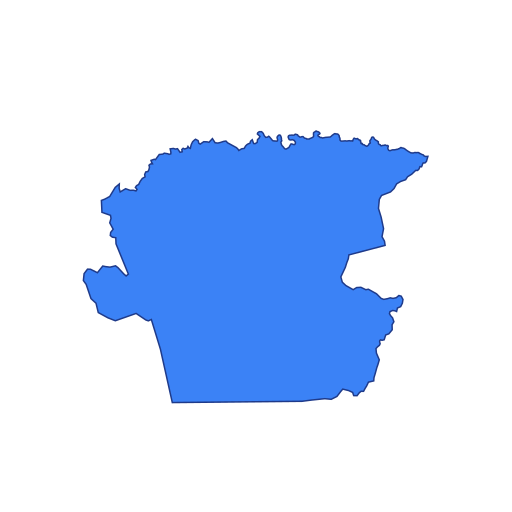 Rafaï, Mbomou, Central African Republic (Albers equal-area conic projection), rotated 208°
{"feature_id": "33826404B37622790924059", "entity_name": "Rafaï", "entity_type": "district", "adm_level": 2, "iso_a3": "CAF", "parent_name": "Central African Republic", "parent_adm1": "Mbomou", "projection": "albers", "projection_center": [24.169, 5.748], "detail": "fine", "context": "isolated", "style": "filled", "palette": "blue", "viewbox_px": 512, "rotation_deg": 208, "n_neighbors": 0, "source": "geoboundaries", "source_scale": "gbopen_adm2", "svg_char_len": 6134}
<svg xmlns="http://www.w3.org/2000/svg" viewBox="0 0 512 512"><g transform="rotate(208 256 256)"><path d="M261.1,87.3L147.2,149.3L139.3,154.9L128.3,162.3L122.3,164.8L118.6,170.0L117.6,176.0L116.9,179.2L110.9,180.7L106.6,180.9L104.2,178.6L101.2,180.1L100.6,183.7L99.7,185.9L97.5,187.0L97.5,190.2L97.3,193.1L97.5,197.4L93.4,201.0L94.7,203.9L95.6,208.4L96.9,214.1L97.4,217.4L98.4,222.2L104.1,226.8L106.6,230.6L106.1,232.7L105.1,235.1L105.2,236.8L106.6,238.3L107.0,239.5L106.6,240.5L105.2,240.7L103.5,242.2L104.4,247.2L102.2,249.6L101.1,254.8L103.6,259.2L103.4,262.7L106.4,265.5L109.1,266.5L111.1,267.7L111.6,269.8L109.7,272.1L107.3,272.9L105.8,273.0L106.7,276.5L104.5,279.2L104.6,283.0L105.8,286.6L108.9,288.7L111.3,288.2L112.6,285.0L115.1,282.9L117.8,282.1L119.8,280.1L122.8,277.7L125.6,277.3L131.8,279.2L141.2,279.4L143.2,277.8L148.7,277.6L152.3,275.4L154.4,271.9L162.8,272.1L167.5,273.4L171.3,277.4L171.8,287.9L172.7,292.7L173.2,296.9L174.5,300.6L147.0,326.0L149.5,329.4L153.8,332.2L156.2,340.0L163.7,349.0L170.2,355.5L172.7,361.5L173.7,363.9L173.6,368.4L167.3,375.7L165.8,380.3L165.7,385.7L163.3,389.7L159.7,393.6L159.4,397.1L156.9,401.4L155.2,406.5L153.5,407.4L152.9,409.3L153.2,411.9L151.7,412.5L151.8,413.8L152.1,415.3L152.1,416.6L150.5,417.5L149.9,419.5L151.0,424.7L153.0,423.5L153.4,423.4L154.7,423.3L155.6,423.8L157.6,423.5L158.9,423.6L159.8,423.3L160.1,423.6L160.4,423.6L161.1,423.6L162.7,422.8L163.1,422.3L163.9,422.2L164.3,422.0L165.6,420.7L166.0,420.5L166.7,420.3L167.3,419.9L167.7,419.8L169.0,419.8L171.2,419.9L173.0,420.1L174.5,420.4L175.5,420.5L176.5,420.4L178.1,419.9L178.7,419.9L179.1,419.7L179.4,419.2L179.8,418.2L180.6,417.5L181.1,416.6L181.8,416.3L182.4,415.6L183.0,415.3L183.5,414.8L185.5,413.7L186.9,412.1L187.4,411.8L187.8,411.7L188.6,411.7L188.9,411.9L190.0,412.7L190.4,413.5L190.6,414.7L190.7,414.9L190.9,415.2L191.5,415.4L192.1,415.2L192.7,414.7L194.1,414.7L194.3,414.6L194.6,414.0L196.1,413.1L197.0,412.2L197.6,412.0L198.0,412.2L198.4,412.5L199.8,412.4L200.5,412.6L201.2,413.4L201.5,414.2L201.6,414.3L202.8,414.4L203.4,414.6L204.5,414.5L206.0,414.8L206.8,415.2L207.6,415.8L208.1,416.0L208.7,415.9L209.1,415.6L209.4,415.3L209.5,414.8L209.3,413.5L209.3,412.6L209.6,411.4L209.4,410.9L209.1,410.6L208.9,410.1L208.6,410.0L208.2,409.6L208.1,409.4L208.2,409.1L208.8,408.4L208.8,406.8L209.2,405.6L209.7,404.9L210.3,404.8L210.9,404.9L211.5,404.7L212.0,404.8L212.5,405.0L213.9,404.5L214.2,404.6L214.3,404.8L214.6,404.9L215.1,405.2L215.5,405.2L215.8,405.1L215.7,404.8L215.7,404.7L216.1,404.7L216.2,405.0L217.0,405.7L217.5,406.6L217.7,406.8L218.1,406.6L218.3,406.7L218.6,407.2L218.8,407.2L219.6,406.9L220.5,407.0L221.0,407.3L221.7,407.3L222.3,406.6L223.4,406.2L224.4,406.2L224.7,406.1L224.9,404.9L224.8,403.5L224.6,403.1L224.7,402.9L225.0,403.0L225.2,402.9L225.5,402.6L225.8,402.4L226.8,401.9L227.8,401.6L229.2,400.6L229.7,400.1L230.5,399.9L231.4,399.5L234.0,397.8L234.6,397.5L235.0,397.4L236.3,397.8L236.5,398.0L236.7,398.7L237.0,399.1L237.8,399.9L238.4,400.2L238.8,401.0L239.3,401.4L240.4,401.9L241.0,402.0L241.9,401.8L242.7,401.3L243.5,401.2L243.8,401.1L244.2,400.7L245.4,398.3L245.9,396.8L246.3,396.0L246.5,395.8L249.3,394.0L250.3,393.4L252.7,391.4L254.1,391.3L254.9,390.7L255.1,390.7L256.0,391.1L257.0,390.9L257.2,391.0L257.7,391.3L258.0,391.6L257.9,392.4L257.2,393.4L257.0,393.9L257.1,394.3L257.4,394.5L258.1,394.8L258.9,394.9L259.6,394.9L260.5,394.6L261.4,394.6L261.6,394.6L261.9,394.2L262.4,393.1L262.9,392.3L263.0,391.7L262.2,390.1L261.4,388.9L261.4,388.0L261.9,387.0L262.9,385.7L263.4,385.3L263.8,384.4L264.0,384.2L265.3,383.6L266.0,383.1L267.0,383.3L267.9,383.0L268.7,382.9L270.5,383.5L271.3,383.1L272.5,381.9L272.9,381.7L273.3,381.6L274.1,381.8L274.8,381.8L275.2,381.9L276.2,382.5L276.5,382.5L277.6,382.2L278.1,382.2L278.6,381.9L279.1,380.7L279.4,380.4L280.3,379.9L281.0,379.7L281.8,379.1L282.9,378.5L283.6,377.6L283.7,377.1L283.7,376.8L283.5,376.3L283.3,375.9L282.0,374.8L281.4,374.4L280.9,374.4L279.8,374.7L279.5,374.9L278.7,375.7L276.6,376.0L274.7,375.1L274.0,373.6L274.2,372.8L274.5,372.3L275.3,372.0L276.7,371.8L277.5,371.5L277.8,371.2L277.9,367.2L278.4,366.5L279.1,365.3L279.4,364.8L280.0,364.4L280.7,364.2L281.6,364.4L283.6,365.3L284.5,365.5L285.7,366.2L287.3,367.9L287.5,368.7L287.3,369.6L287.5,370.1L288.3,370.8L288.7,371.7L289.5,372.7L290.2,373.3L291.1,374.0L292.0,373.9L292.5,373.6L293.0,372.5L293.2,371.1L293.1,370.6L292.3,369.6L291.6,369.0L291.4,368.5L291.2,367.9L291.3,367.4L291.8,367.0L292.3,366.9L293.4,366.3L294.0,366.2L294.7,365.8L295.3,365.7L295.9,365.8L296.7,366.2L300.2,367.6L301.0,367.7L301.7,366.3L303.1,365.3L305.2,366.1L307.2,367.7L309.4,368.4L311.5,367.3L312.3,365.7L312.1,364.4L308.7,363.5L308.6,361.7L309.3,359.5L308.3,356.8L309.6,354.7L310.9,354.2L313.9,356.9L314.7,354.8L314.3,352.7L315.6,351.3L316.4,349.8L316.9,348.0L316.9,345.5L319.0,343.9L320.7,341.1L322.1,341.9L324.1,342.5L334.2,342.6L336.5,343.4L338.4,342.0L341.1,339.2L342.7,337.8L345.3,336.8L349.6,339.2L350.9,334.3L352.6,333.9L355.8,332.4L357.8,328.6L359.4,328.7L361.3,330.7L364.2,330.7L364.8,329.5L365.6,327.1L365.5,324.2L365.0,321.9L364.5,320.2L366.0,320.0L367.5,320.8L367.4,319.0L369.2,317.0L370.9,316.9L371.5,315.2L370.1,313.4L371.7,311.9L375.7,313.9L377.3,312.6L379.4,312.2L382.1,310.3L379.9,307.7L379.2,306.2L380.5,304.9L381.8,304.9L385.3,303.7L386.1,302.2L389.1,300.2L390.0,293.9L391.2,293.7L393.6,291.1L392.1,289.7L390.7,288.8L392.4,287.7L393.1,285.9L391.8,284.5L391.1,282.0L391.1,279.8L392.8,278.5L392.6,275.7L391.1,273.8L392.8,271.1L393.3,267.5L393.2,264.1L394.5,262.0L394.7,259.9L392.3,259.0L392.5,257.1L395.2,256.5L397.9,254.9L402.7,254.2L406.0,248.8L408.6,251.5L410.5,255.4L412.5,250.5L413.1,239.9L416.3,235.1L418.6,232.5L412.5,222.2L403.6,223.6L401.7,221.2L400.7,216.6L394.7,212.6L395.4,208.6L394.3,205.7L391.7,205.2L388.4,206.3L385.3,201.0L360.2,180.1L361.3,177.4L364.3,178.1L372.4,180.9L375.4,181.4L379.7,177.6L383.9,176.0L386.6,175.2L388.2,166.8L395.9,166.6L398.6,165.3L399.5,159.7L396.9,153.3L392.6,151.2L381.7,140.9L375.1,139.2L368.7,132.0L357.7,131.9L349.8,132.8L334.9,149.0L323.2,147.8L320.6,148.2L318.6,150.8L296.7,128.9L261.1,87.3Z" fill="#3b82f6" stroke="#1e3a8a" stroke-width="1.5"/></g></svg>